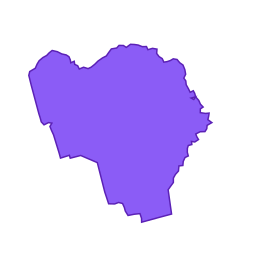 Forquilhinha, Santa Catarina, Brazil, rotated 255°
{"feature_id": "56859067B16850363929127", "entity_name": "Forquilhinha", "entity_type": "district", "adm_level": 2, "iso_a3": "BRA", "parent_name": "Brazil", "parent_adm1": "Santa Catarina", "projection": "orthographic", "projection_center": [-49.484, -28.785], "detail": "fine", "context": "isolated", "style": "filled", "palette": "violet", "viewbox_px": 256, "rotation_deg": 255, "n_neighbors": 0, "source": "geoboundaries", "source_scale": "gbopen_adm2", "svg_char_len": 1703}
<svg xmlns="http://www.w3.org/2000/svg" viewBox="0 0 256 256"><g transform="rotate(255 128 128)"><path d="M152.8,47.7L153.8,52.6L152.4,55.7L149.7,53.0L146.0,53.4L140.7,54.3L121.4,55.0L116.4,55.0L116.8,64.3L113.8,64.4L113.7,75.2L102.5,89.4L72.2,89.0L59.8,89.7L58.1,95.5L58.5,99.6L56.5,103.2L52.2,103.9L48.5,103.9L43.5,105.4L43.1,111.7L42.2,117.4L37.3,117.7L33.5,116.8L33.6,133.0L33.6,147.8L58.0,150.8L61.3,154.8L63.6,157.7L67.9,158.9L70.9,161.8L73.4,165.6L78.2,167.4L77.6,171.3L81.4,172.7L84.7,175.4L85.4,179.0L89.2,179.0L93.0,180.1L95.5,181.7L95.5,185.4L98.6,185.8L97.2,188.9L98.6,193.1L101.8,192.2L104.7,191.9L105.7,196.7L104.6,201.4L106.9,203.9L110.1,205.1L111.5,210.4L115.4,207.3L118.6,209.0L121.4,210.2L122.0,206.7L124.1,201.8L127.7,202.8L128.8,206.0L132.3,204.1L136.3,203.5L140.6,201.4L144.2,201.4L147.1,200.7L146.4,197.3L150.4,196.5L154.7,195.4L158.6,196.0L161.7,194.8L165.0,197.6L169.7,198.0L174.6,197.4L177.6,194.9L181.5,193.1L183.1,189.6L182.2,186.3L182.0,183.1L182.3,179.7L186.2,179.0L188.9,176.5L192.6,175.0L196.7,176.4L198.6,172.3L198.5,167.5L201.9,166.9L202.9,162.8L205.5,159.3L207.0,155.8L208.2,152.1L206.3,147.2L208.9,144.9L210.1,140.7L208.2,137.8L208.7,132.4L206.0,129.0L203.2,125.7L202.3,121.5L200.4,116.3L198.2,112.5L196.3,108.2L195.7,104.8L198.2,100.8L197.6,96.2L201.2,95.5L203.2,93.0L206.4,93.3L205.8,89.6L208.8,89.9L212.2,89.4L214.6,87.2L216.7,83.2L220.0,79.5L222.5,74.8L221.0,71.3L219.1,68.2L218.1,64.1L216.0,59.6L213.3,56.8L209.7,53.9L208.0,47.7L204.5,45.8L194.3,45.6L190.4,45.6L185.0,45.6L174.5,45.6L171.1,45.6L168.1,45.6L164.8,45.6L160.3,45.8L156.4,45.8L152.8,47.7ZM140.6,201.4L138.5,198.9L140.6,196.7L140.6,201.4Z" fill="#8b5cf6" stroke="#5b21b6" stroke-width="1.5"/></g></svg>